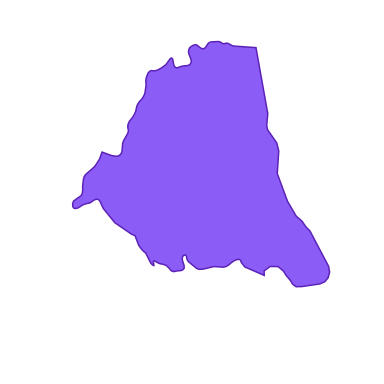 SVG path tracing the border of Dolj, rotated 247°
{"feature_id": "ROU-122", "entity_name": "Dolj", "entity_type": "County", "adm_level": 1, "iso_a3": "ROU", "parent_name": "Romania", "parent_adm1": "", "projection": "natural_earth1", "projection_center": [23.693, 44.245], "detail": "fine", "context": "isolated", "style": "filled", "palette": "violet", "viewbox_px": 384, "rotation_deg": 247, "n_neighbors": 0, "source": "natural_earth", "source_scale": "10m", "svg_char_len": 2421}
<svg xmlns="http://www.w3.org/2000/svg" viewBox="0 0 384 384"><g transform="rotate(247 192 192)"><path d="M70.3,288.7L64.5,287.4L59.8,283.7L57.5,279.2L57.4,273.9L62.0,256.2L64.1,250.9L67.8,248.6L71.7,248.1L79.1,245.9L83.2,245.4L89.7,242.1L92.9,234.9L91.2,227.6L87.0,225.9L102.4,211.3L108.1,209.8L110.1,210.1L111.5,209.3L112.3,206.5L112.2,203.7L111.6,200.8L110.4,197.0L110.1,194.0L110.6,191.3L114.5,183.7L115.1,181.7L116.0,175.7L116.8,171.6L117.9,168.6L119.5,166.6L129.4,161.4L131.8,161.1L135.6,161.8L136.6,161.4L136.9,159.9L136.5,158.6L135.4,157.5L134.0,156.8L132.1,156.4L128.2,156.1L126.1,155.6L124.6,154.7L124.0,153.2L123.9,151.5L125.4,146.5L125.7,144.5L126.4,143.2L127.9,142.0L131.5,140.9L134.4,139.6L136.9,137.0L138.0,135.2L139.3,133.6L143.4,130.4L143.4,129.5L142.3,129.0L140.6,128.7L139.2,128.2L139.8,127.4L142.3,126.3L154.0,125.5L156.3,124.2L159.3,123.1L163.9,122.1L174.1,122.5L176.7,119.9L193.8,109.0L211.4,103.9L220.2,103.6L221.9,102.6L222.7,101.3L222.9,99.6L222.7,97.8L222.3,96.3L222.0,94.9L221.9,93.5L222.6,90.0L222.8,87.3L222.6,85.1L222.2,83.1L221.9,81.4L222.0,79.8L222.5,77.8L223.4,76.9L224.4,76.6L225.7,76.7L228.1,77.7L229.9,79.4L231.3,84.9L231.5,86.8L232.3,89.0L233.8,90.6L237.1,92.4L239.9,93.5L246.1,97.0L247.9,98.4L249.5,100.5L253.4,112.2L255.6,115.7L258.6,119.9L263.9,124.8L256.9,132.3L254.4,136.4L254.0,138.2L254.2,139.9L255.0,141.7L256.6,143.3L264.0,147.3L266.0,149.1L270.9,155.5L272.5,157.0L274.3,157.7L276.5,158.1L278.8,159.2L281.4,161.7L283.9,166.4L286.1,169.4L288.3,171.7L292.5,174.7L294.3,176.6L295.9,179.2L297.5,182.7L299.5,185.4L301.4,187.3L308.2,191.4L312.8,193.1L315.0,194.5L318.5,197.8L319.6,200.0L319.7,201.9L318.8,203.5L318.0,205.4L317.7,208.4L318.1,211.9L319.4,217.7L323.3,224.1L323.4,225.5L322.1,226.1L320.0,225.8L317.7,225.2L315.8,224.9L314.0,225.1L312.9,225.7L312.1,226.7L312.0,228.0L311.9,230.9L311.1,234.4L310.4,236.3L310.0,238.8L310.4,240.3L311.5,241.7L312.9,242.5L314.5,242.9L320.4,243.1L322.8,243.7L325.3,245.6L326.2,247.8L326.6,250.2L326.3,252.3L325.6,253.8L322.0,255.7L320.3,256.9L319.3,258.9L319.7,260.8L322.4,264.8L322.9,266.8L322.6,268.5L320.3,274.9L319.2,276.5L316.7,278.2L316.1,279.3L315.5,282.1L314.6,283.4L311.3,285.9L310.0,287.5L299.9,307.3L234.6,292.4L223.9,286.7L219.8,285.9L204.0,289.2L201.1,288.7L195.9,287.9L175.7,277.7L146.0,276.3L129.1,278.5L122.1,281.9L115.5,283.2L109.9,285.4L95.1,286.6L70.3,288.7Z" fill="#8b5cf6" stroke="#5b21b6" stroke-width="1.5"/></g></svg>